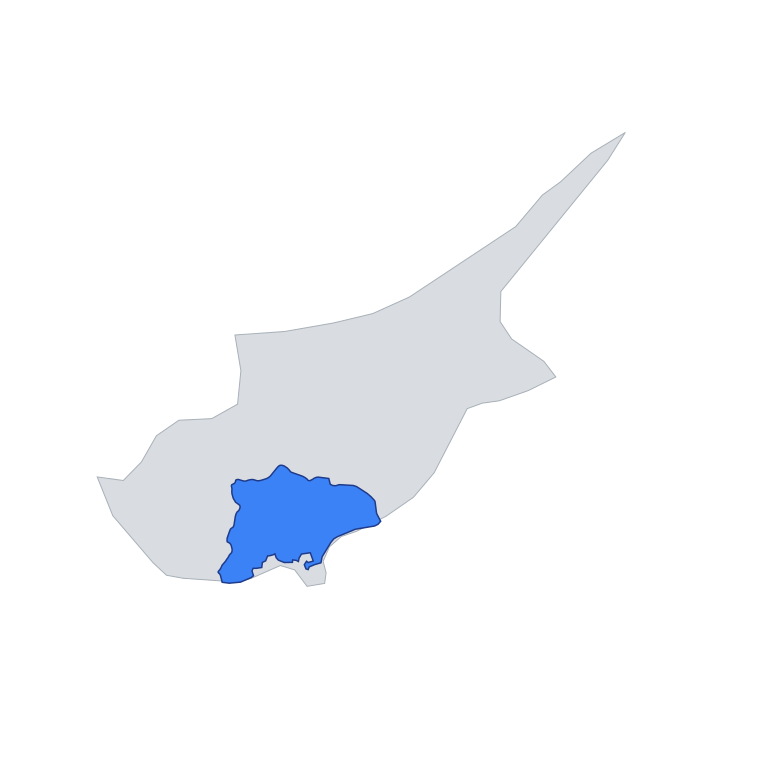 location of Limassol within Cyprus, rotated 344°
{"feature_id": "CYP-3489", "entity_name": "Limassol", "entity_type": "District", "adm_level": 1, "iso_a3": "CYP", "parent_name": "Cyprus", "parent_adm1": "", "projection": "robinson", "projection_center": [32.895, 34.793], "detail": "fine", "context": "in_parent", "style": "filled", "palette": "blue", "viewbox_px": 768, "rotation_deg": 344, "n_neighbors": 0, "source": "natural_earth", "source_scale": "10m", "svg_char_len": 2655}
<svg xmlns="http://www.w3.org/2000/svg" viewBox="0 0 768 768"><g transform="rotate(344 384 384)"><path d="M543.9,406.3L551.1,424.6L520.7,430.1L490.2,431.9L473.2,429.5L457.2,430.6L407.8,483.1L381.1,501.0L349.4,511.7L317.1,518.0L300.9,518.8L286.6,525.5L276.6,537.7L276.3,549.5L272.0,559.3L254.3,557.3L246.9,538.1L234.3,529.9L202.9,534.2L187.6,533.7L137.4,515.4L122.2,507.9L112.8,492.3L87.0,435.9L82.7,394.3L106.8,404.9L129.3,392.1L151.0,371.0L176.8,362.3L193.0,366.1L208.9,369.8L237.7,363.0L250.1,331.8L254.2,295.8L302.8,306.1L352.1,311.4L392.5,313.2L432.3,307.4L554.0,269.0L588.4,246.0L609.7,238.2L646.6,219.2L685.3,208.7L660.6,230.7L521.8,327.3L512.8,356.0L519.1,375.9L538.8,400.0L543.9,406.3Z" fill="#d9dde1" stroke="#a8b0b8" stroke-width="1"/><path d="M227.2,517.6L225.8,517.4L224.9,517.1L223.7,518.5L222.4,520.2L221.5,521.4L217.9,522.0L215.9,526.7L210.5,526.0L207.4,525.1L205.6,527.3L205.7,532.4L202.7,533.5L191.4,534.9L180.3,532.8L173.8,530.0L174.0,523.2L173.9,521.9L173.5,520.9L172.9,520.1L172.7,519.2L173.0,518.5L174.9,517.3L176.4,516.0L178.4,513.6L183.1,510.5L184.2,509.4L186.1,508.0L188.3,505.7L191.0,504.1L191.9,502.7L192.5,500.8L192.6,496.8L192.1,495.0L191.2,493.8L190.4,493.1L189.8,492.5L190.0,491.0L190.8,488.8L195.3,482.5L196.5,481.1L197.5,480.6L198.6,480.3L199.6,479.9L200.9,478.3L204.7,470.1L206.2,467.8L207.7,466.4L208.9,465.9L210.1,465.1L211.4,463.4L211.9,462.1L211.8,460.7L208.7,456.6L207.6,452.3L207.6,447.8L207.8,446.6L208.1,445.3L208.9,443.1L209.1,442.0L209.1,440.9L209.2,439.9L209.7,439.0L210.7,438.7L211.9,438.5L213.0,438.2L213.9,437.5L215.0,435.6L216.1,435.3L217.7,435.6L221.7,438.2L223.1,438.9L224.6,439.2L226.9,439.0L228.6,439.1L230.4,439.3L232.1,439.9L235.5,442.1L237.1,442.5L239.0,442.7L244.7,442.6L247.1,442.1L249.3,441.2L258.6,434.7L260.6,433.7L261.8,433.5L263.5,434.0L265.3,435.1L267.8,438.0L268.8,439.8L269.5,441.3L269.8,442.2L270.1,442.7L270.6,443.3L280.4,450.3L282.5,452.4L283.8,454.2L284.2,455.3L285.0,456.1L286.4,456.5L289.3,455.9L291.0,455.3L293.2,455.1L294.9,455.3L304.9,459.6L304.7,465.6L306.5,467.3L308.7,468.2L309.7,468.5L312.7,468.4L313.5,468.5L326.3,473.0L328.2,474.2L329.6,475.3L337.7,484.6L340.5,488.9L342.4,492.6L342.9,493.9L342.9,495.1L341.3,505.6L341.3,506.9L342.8,514.3L343.0,515.0L339.6,517.2L335.8,517.9L316.4,515.7L297.2,517.9L293.1,519.0L289.3,521.6L276.9,533.0L274.1,538.5L267.4,538.5L261.7,539.2L259.9,541.5L258.0,540.2L257.6,535.7L260.7,533.0L261.9,534.7L267.2,534.7L266.6,525.9L257.8,524.7L254.4,527.9L252.8,531.0L251.1,529.4L247.7,527.9L246.8,530.2L238.9,528.1L233.9,524.2L232.5,521.4L232.3,517.2L230.7,517.6L228.6,517.6L227.2,517.6Z" fill="#3b82f6" stroke="#1e3a8a" stroke-width="1.5"/></g></svg>